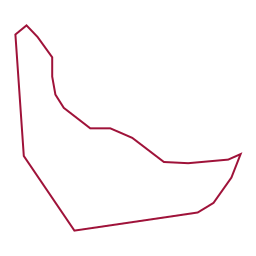 the district of Stonefield, Soufrière, Saint Lucia
{"feature_id": "8701671B93108958332775", "entity_name": "Stonefield", "entity_type": "district", "adm_level": 2, "iso_a3": "LCA", "parent_name": "Saint Lucia", "parent_adm1": "Soufrière", "projection": "robinson", "projection_center": [-61.059, 13.846], "detail": "fine", "context": "isolated", "style": "outline", "palette": "rose", "viewbox_px": 256, "rotation_deg": 0, "n_neighbors": 0, "source": "geoboundaries", "source_scale": "gbopen_adm2", "svg_char_len": 351}
<svg xmlns="http://www.w3.org/2000/svg" viewBox="0 0 256 256"><path d="M240.6,154.1L228.2,159.6L188.2,163.2L163.9,162.0L132.3,137.9L110.2,128.3L90.2,128.3L63.8,107.9L55.4,94.6L52.2,76.6L52.2,57.3L37.5,36.9L26.5,25.4L15.4,34.5L23.8,156.0L74.4,230.6L197.7,212.5L213.5,202.9L231.4,177.6L240.6,154.1Z" fill="none" stroke="#9f1239" stroke-width="2"/></svg>